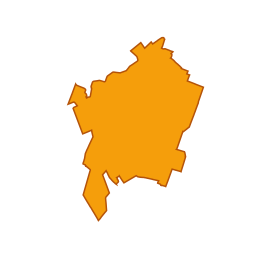 the district of Saraiu, Constanta, Romania, rotated 109°
{"feature_id": "2599482B59135931499306", "entity_name": "Saraiu", "entity_type": "district", "adm_level": 2, "iso_a3": "ROU", "parent_name": "Romania", "parent_adm1": "Constanta", "projection": "equal_earth", "projection_center": [28.194, 44.705], "detail": "fine", "context": "isolated", "style": "filled", "palette": "amber", "viewbox_px": 256, "rotation_deg": 109, "n_neighbors": 0, "source": "geoboundaries", "source_scale": "gbopen_adm2", "svg_char_len": 5390}
<svg xmlns="http://www.w3.org/2000/svg" viewBox="0 0 256 256"><g transform="rotate(109 128 128)"><path d="M214.7,138.2L215.6,136.9L217.7,134.5L219.0,132.9L223.5,127.6L225.0,126.0L224.7,125.8L224.8,125.7L224.4,125.6L223.7,125.2L222.9,124.9L222.0,124.6L221.6,124.5L220.5,124.2L220.0,124.0L219.5,123.8L219.3,123.7L218.7,123.5L217.7,123.2L216.8,122.8L215.3,122.3L214.5,121.9L213.0,121.4L212.8,121.5L206.5,124.2L205.6,124.6L203.9,125.4L202.7,125.9L202.3,126.1L201.7,126.3L201.2,126.4L200.8,126.5L197.2,125.1L195.5,124.5L194.9,125.0L194.6,125.2L194.2,125.6L187.4,131.1L180.5,136.8L180.0,136.6L176.6,135.2L176.2,135.0L175.5,134.8L176.6,133.6L176.9,133.3L177.0,133.1L177.2,132.9L177.3,132.8L177.6,132.6L178.0,132.2L178.9,131.4L179.1,131.2L179.3,131.0L179.5,130.7L179.8,130.5L179.9,130.3L180.2,130.0L180.5,129.8L180.8,129.5L180.9,129.3L181.1,129.0L181.3,128.6L181.5,128.3L181.9,127.5L182.1,127.1L182.3,126.8L182.8,126.0L182.9,125.7L183.0,125.6L183.9,123.8L183.9,123.6L184.2,122.8L184.5,122.3L184.8,121.6L185.0,120.8L184.9,120.9L184.5,120.8L182.9,119.9L182.6,119.7L182.4,119.7L182.2,119.7L181.8,119.6L181.7,119.6L181.4,119.9L180.8,120.2L180.6,120.4L180.4,120.6L180.1,121.2L179.9,121.5L179.5,121.7L179.2,121.8L178.9,121.9L178.8,122.1L178.6,122.6L178.1,122.2L177.2,121.4L176.3,120.6L176.2,120.6L178.3,117.9L179.1,116.9L181.2,114.0L170.4,104.7L170.6,104.0L170.8,103.6L170.9,103.1L170.9,102.7L170.8,102.3L170.8,101.8L170.7,101.3L170.7,101.1L170.6,100.8L170.5,100.2L170.4,99.9L170.3,99.3L170.2,99.1L170.0,98.3L169.8,97.7L169.7,97.4L169.6,96.8L169.5,96.5L169.5,95.9L169.3,95.0L169.2,93.8L169.0,92.2L168.6,88.8L168.5,87.1L168.4,86.1L168.3,85.9L168.3,85.3L168.2,84.6L168.1,83.3L168.0,82.8L167.9,82.2L167.9,81.8L169.9,82.1L170.5,82.0L170.6,79.3L171.0,78.8L171.0,78.7L171.5,78.3L171.5,77.9L171.4,77.9L171.2,77.0L171.0,74.1L171.0,73.8L171.1,73.6L171.1,73.3L165.0,73.1L163.8,73.1L152.5,72.9L152.3,68.6L152.2,68.1L152.2,67.3L152.1,66.2L152.1,65.8L152.1,65.6L152.1,65.4L152.0,64.9L152.1,63.6L150.8,63.7L143.7,63.9L138.3,64.1L136.8,64.2L136.6,64.4L136.4,64.2L132.9,66.2L132.1,66.9L132.3,71.7L132.4,75.3L131.9,75.1L130.7,75.0L130.2,75.0L129.1,75.0L124.8,75.0L122.3,75.0L119.4,75.0L117.8,75.0L116.1,75.0L114.0,75.0L114.1,74.9L112.3,73.7L109.2,71.7L107.7,70.8L107.2,70.4L103.0,70.3L102.9,70.3L94.3,70.0L92.4,70.0L90.6,69.9L88.6,69.9L84.0,69.8L83.6,69.8L81.7,69.7L81.3,69.7L81.0,69.8L80.8,69.9L80.0,70.0L74.4,70.0L72.0,70.0L71.3,70.0L71.2,70.0L69.3,70.0L64.9,70.0L64.6,78.1L64.6,78.4L64.5,79.0L64.2,87.2L62.6,87.2L58.6,87.1L57.8,87.0L57.7,90.0L54.7,89.8L54.4,97.0L53.7,97.0L53.0,98.5L52.4,99.6L52.1,100.5L51.7,101.3L51.4,102.0L51.0,103.2L50.1,105.2L49.8,105.6L48.9,107.4L48.9,107.6L48.0,110.0L48.0,110.5L47.8,110.4L47.4,110.3L46.9,110.1L45.5,110.1L44.3,110.4L43.7,111.5L41.3,110.3L41.2,110.8L41.3,113.5L41.2,113.8L41.1,114.5L41.1,115.3L41.0,118.8L41.1,119.1L41.4,119.5L41.6,120.0L41.8,120.6L41.7,121.0L41.6,121.3L41.7,122.2L41.6,122.3L40.2,122.1L39.8,122.0L39.5,122.0L39.1,122.0L36.2,122.1L33.3,122.2L32.2,122.2L32.2,122.4L32.2,122.5L32.0,122.8L31.8,122.9L31.5,123.1L31.3,123.2L31.2,123.3L31.1,123.5L31.0,123.8L31.1,124.3L31.3,124.7L31.5,125.3L31.7,125.5L32.1,125.9L32.3,126.0L32.8,126.4L35.1,128.2L36.1,128.8L36.9,129.4L37.7,130.0L38.4,130.5L39.9,131.6L40.5,132.1L39.1,134.1L47.1,138.2L43.1,143.7L54.2,150.6L54.4,150.3L55.0,148.8L56.3,145.7L57.2,143.6L57.4,143.2L57.7,142.8L58.0,142.5L58.7,142.0L60.1,141.0L60.4,140.9L60.8,140.8L61.0,140.7L61.2,140.8L61.6,140.9L62.1,141.2L63.8,142.5L66.0,144.1L68.7,146.2L69.1,146.5L70.0,146.8L71.6,147.3L71.9,147.4L73.0,147.8L73.8,148.1L74.2,148.3L74.3,148.3L74.5,148.5L77.3,152.0L78.1,153.0L78.4,153.3L79.4,157.8L79.6,158.9L79.9,160.1L80.1,160.4L80.2,160.6L80.5,160.8L82.9,162.5L85.0,164.0L85.3,164.2L85.6,164.3L85.9,164.5L86.1,164.5L86.8,164.6L88.1,164.6L90.1,164.6L90.9,164.6L91.2,164.7L91.4,164.7L91.5,164.8L91.7,165.0L91.9,165.2L92.0,165.3L92.0,165.5L92.1,167.6L92.2,169.7L92.2,170.2L92.6,171.1L93.5,172.7L93.9,173.5L94.9,175.5L95.4,176.1L96.0,176.4L96.2,176.5L96.5,176.5L97.0,176.5L98.1,176.5L100.0,176.5L100.5,176.5L100.8,176.4L101.1,176.3L101.8,175.9L101.7,175.8L102.2,175.5L102.5,175.3L102.8,175.1L103.1,175.1L109.4,174.1L110.2,174.0L110.6,174.0L110.8,174.1L111.0,174.2L111.2,174.5L111.7,175.5L111.8,175.8L112.1,176.0L112.5,176.3L113.1,177.0L112.2,177.8L111.8,177.8L111.4,177.4L111.2,177.4L110.5,177.8L110.1,178.0L109.9,178.2L109.7,178.4L109.6,178.5L109.4,178.7L109.1,179.2L108.9,179.8L108.7,180.1L108.5,180.3L108.0,180.4L107.3,180.4L106.2,180.3L105.9,180.4L105.7,180.5L105.3,180.8L105.2,181.1L105.0,181.4L104.7,182.4L104.7,182.6L104.7,182.9L104.6,183.5L104.6,184.0L104.5,186.8L104.4,188.9L104.3,190.0L104.3,190.4L104.3,190.5L104.1,190.8L104.0,191.0L103.6,191.7L103.5,191.8L112.4,192.0L113.5,192.0L113.9,192.0L115.0,192.1L115.8,192.1L125.0,192.4L123.6,190.7L121.5,188.3L121.1,187.6L121.1,187.2L121.2,186.9L121.4,186.4L123.5,183.2L126.3,186.0L127.3,186.3L148.3,168.9L146.4,166.7L144.2,164.2L141.9,161.7L143.8,160.7L145.7,159.5L147.6,158.3L147.8,158.3L148.1,158.2L148.5,158.3L156.8,159.2L160.4,159.5L162.6,159.8L163.4,159.8L166.0,160.0L170.6,159.2L171.5,159.1L172.4,159.1L172.9,159.0L176.0,159.0L176.6,158.8L176.8,156.4L177.8,155.7L177.5,155.4L177.9,154.8L178.5,153.1L179.6,150.3L179.7,150.1L180.1,149.9L181.0,149.9L181.5,149.9L205.8,148.6L206.0,148.5L206.0,148.4L208.3,145.8L212.1,141.3L212.1,141.2L214.7,138.2Z" fill="#f59e0b" stroke="#b45309" stroke-width="1.5"/></g></svg>